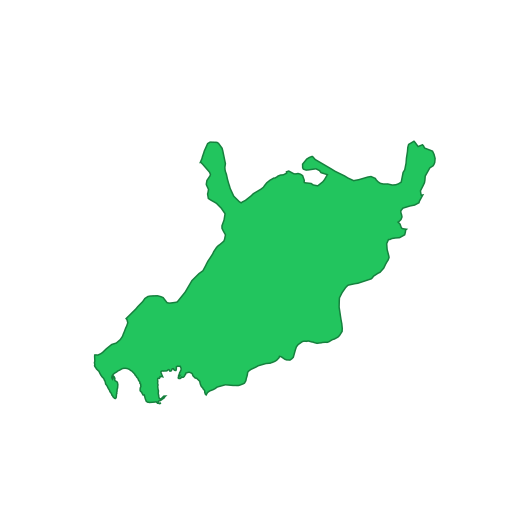 outline of Abshaway, Al Fayyum, Egypt, rotated 227°
{"feature_id": "37247803B9213477235230", "entity_name": "Abshaway", "entity_type": "district", "adm_level": 2, "iso_a3": "EGY", "parent_name": "Egypt", "parent_adm1": "Al Fayyum", "projection": "equal_earth", "projection_center": [30.701, 29.374], "detail": "fine", "context": "isolated", "style": "filled", "palette": "green", "viewbox_px": 512, "rotation_deg": 227, "n_neighbors": 0, "source": "geoboundaries", "source_scale": "gbopen_adm2", "svg_char_len": 6032}
<svg xmlns="http://www.w3.org/2000/svg" viewBox="0 0 512 512"><g transform="rotate(227 256 256)"><path d="M293.6,70.5L292.4,69.3L289.0,66.4L288.2,65.1L286.3,63.9L285.9,63.1L284.8,62.7L284.0,62.7L282.2,62.3L278.4,62.5L277.7,62.1L274.7,61.3L272.4,61.0L270.6,61.1L269.1,60.7L268.3,60.3L267.6,60.3L266.1,59.5L264.9,58.7L264.2,58.7L262.3,58.4L259.7,57.6L257.8,57.3L257.0,56.9L255.5,56.5L254.4,56.5L253.3,56.1L252.5,55.7L251.4,55.8L250.7,55.4L248.4,55.5L247.7,55.9L247.7,56.8L248.1,57.6L250.1,59.7L250.5,60.6L251.2,61.0L251.6,61.8L253.2,63.5L253.9,64.8L256.2,67.3L257.0,67.7L257.4,68.1L258.5,68.5L259.3,68.4L260.4,68.0L261.5,67.9L262.6,69.2L263.4,69.6L264.5,69.9L265.3,69.9L264.9,68.6L264.1,68.2L263.7,67.0L264.8,67.3L265.6,67.7L266.4,69.0L266.8,70.3L266.8,72.4L266.2,75.1L266.2,76.4L265.5,78.5L264.9,81.2L264.2,82.5L263.1,83.8L262.0,84.7L261.3,85.2L260.2,85.7L259.4,86.1L257.9,86.2L256.8,86.7L252.4,86.8L251.6,86.4L250.5,86.5L248.6,86.1L247.1,86.2L245.3,85.4L243.0,85.1L241.9,84.2L241.1,84.3L240.4,83.9L240.0,83.4L239.2,83.0L238.4,81.3L236.9,79.7L236.1,79.3L234.3,79.4L233.1,79.0L231.3,78.6L230.6,79.5L226.8,77.5L225.6,77.1L224.9,76.7L223.8,76.8L222.7,77.2L222.3,77.7L221.6,78.1L218.0,82.6L217.6,83.5L215.4,83.6L214.6,84.4L213.6,84.9L213.3,86.2L214.0,85.3L214.8,84.6L215.8,84.4L216.2,84.8L216.2,86.1L215.5,87.4L215.2,89.2L215.2,90.0L214.9,91.4L214.9,92.2L215.3,93.5L215.3,94.3L216.4,93.0L216.3,89.6L216.7,88.3L217.8,88.2L218.9,88.6L220.1,89.4L220.4,89.8L222.0,90.6L223.9,92.7L225.4,93.5L227.7,95.2L228.5,96.4L230.0,97.2L231.5,98.9L232.3,99.3L233.4,100.6L233.1,101.4L232.4,101.9L232.8,103.2L233.2,103.6L232.1,104.9L231.3,105.4L233.6,106.2L234.4,106.6L235.5,106.9L236.3,107.8L235.9,109.1L235.2,109.6L233.0,112.2L232.7,113.0L232.7,114.4L232.0,114.9L230.5,114.5L230.2,114.9L229.8,115.8L230.2,116.7L230.6,117.9L229.9,118.8L228.8,118.4L228.0,118.5L227.3,118.9L226.9,119.4L227.3,120.2L229.3,122.3L228.9,123.6L227.8,124.5L227.0,125.4L224.9,124.6L223.7,123.4L223.3,122.1L222.9,121.7L222.9,120.8L222.1,119.6L221.3,117.9L220.6,118.8L220.5,117.5L220.1,116.2L219.4,115.8L218.3,116.7L217.9,117.6L218.4,118.9L217.6,119.3L216.9,120.2L216.9,121.5L217.4,122.8L217.4,123.7L217.8,124.1L218.2,124.9L216.8,127.6L216.4,128.0L214.2,129.0L213.1,129.0L212.3,128.6L211.2,128.2L208.2,128.3L207.1,129.2L202.7,129.4L201.5,128.6L200.0,127.8L197.8,127.0L195.9,127.1L194.8,126.7L193.7,126.8L192.1,126.4L191.4,125.6L190.3,125.2L189.9,124.8L188.4,124.8L189.2,127.4L188.9,130.0L187.5,133.5L186.9,135.7L186.6,138.3L182.7,145.8L176.9,151.0L173.3,154.8L172.6,156.1L171.2,159.6L170.9,160.9L171.7,163.5L173.2,165.6L174.4,167.7L175.6,169.4L176.4,170.2L176.8,171.5L176.8,172.8L176.5,175.0L174.8,180.2L174.2,182.8L170.6,189.9L167.8,193.5L167.4,194.8L167.1,195.2L166.1,197.9L165.7,200.0L165.9,203.5L166.6,204.7L165.2,205.7L160.7,206.7L158.9,207.7L158.2,208.5L157.1,209.5L156.7,209.9L156.4,212.1L156.5,214.2L160.4,220.6L162.0,223.5L162.5,226.5L162.2,228.3L161.9,230.9L161.5,232.2L160.5,233.5L159.0,234.9L158.3,236.2L154.6,238.5L154.3,239.0L153.2,239.4L150.5,241.1L149.2,243.0L148.1,244.4L147.4,245.7L145.6,247.9L144.2,249.3L143.5,251.1L142.9,254.2L142.5,255.4L141.8,256.7L140.8,260.7L140.9,262.8L142.1,267.5L144.1,269.6L147.9,272.5L151.7,274.9L161.9,281.9L166.5,286.4L168.5,288.5L170.5,294.0L171.8,300.0L171.9,303.1L171.6,303.9L168.4,309.3L166.6,311.9L160.7,324.7L160.7,326.4L161.1,328.1L160.2,333.4L159.5,335.6L160.0,341.1L161.7,345.4L162.5,348.0L162.9,349.7L164.1,352.2L165.2,353.0L171.3,356.3L175.9,360.0L177.7,364.1L176.8,365.1L176.1,367.3L174.0,370.4L171.5,373.5L170.5,377.5L170.1,379.2L171.7,381.7L172.9,383.0L172.9,384.3L175.8,382.0L176.9,381.5L178.4,381.9L181.1,383.1L183.9,383.0L183.7,384.3L183.8,386.9L185.0,389.4L186.9,390.6L188.7,391.4L190.3,392.7L190.8,396.1L187.6,402.7L185.1,406.7L183.8,411.5L184.6,412.8L186.9,419.6L187.7,418.3L189.2,419.1L191.5,420.7L193.5,426.2L194.7,429.2L196.3,431.3L199.0,434.2L201.9,443.2L201.2,447.1L201.7,448.8L202.5,450.5L205.2,453.5L208.9,455.5L212.3,456.6L220.0,452.9L222.3,453.6L223.8,453.6L225.5,449.2L230.7,449.8L232.2,449.8L233.5,443.7L231.9,441.1L228.9,437.8L225.0,432.8L221.5,429.0L220.0,426.9L217.6,423.6L216.8,420.6L211.0,412.6L211.6,409.5L212.7,406.9L214.9,404.1L218.8,401.5L221.7,398.3L224.3,396.5L226.8,395.9L229.8,395.8L231.3,396.2L235.7,394.3L237.5,391.6L241.7,383.2L244.5,378.8L250.4,376.4L254.1,375.4L264.0,371.6L268.1,370.5L286.2,365.1L290.1,365.2L290.6,364.9L291.7,362.2L292.3,359.2L291.4,352.7L288.7,350.3L287.2,349.9L284.6,351.3L283.2,353.1L278.9,359.3L275.2,360.7L272.6,360.4L266.8,363.7L265.1,358.1L264.7,355.5L265.2,349.0L268.9,346.3L271.4,345.8L276.2,341.7L277.3,341.6L278.4,342.9L283.0,344.9L285.5,344.3L287.7,343.0L288.8,341.2L290.2,339.8L295.8,337.9L296.8,335.7L295.7,334.9L296.7,331.4L298.5,329.1L299.5,326.5L299.5,325.6L300.1,323.0L300.9,322.1L301.9,317.8L302.2,313.8L301.7,310.4L301.2,308.3L301.5,305.2L303.4,296.5L303.3,293.5L303.9,286.1L304.9,282.6L305.0,281.4L307.1,280.8L314.9,280.5L323.1,283.2L325.4,284.4L328.0,285.6L331.8,287.6L336.0,290.1L338.6,291.2L340.1,292.1L342.1,293.7L344.4,296.6L355.7,303.5L358.0,304.7L364.0,305.4L365.8,304.9L370.6,300.1L371.2,297.3L368.0,289.7L367.2,288.4L365.2,284.6L364.1,282.9L362.4,279.1L362.1,279.5L359.5,279.6L349.1,279.2L346.8,278.4L346.0,277.1L344.7,271.6L342.4,268.6L341.7,268.2L337.1,266.7L335.2,264.2L334.4,262.9L330.6,260.4L328.0,261.0L323.6,262.4L321.4,263.0L314.7,263.2L308.0,262.2L304.1,257.2L301.3,251.7L299.4,250.0L296.8,249.2L292.3,248.1L289.6,244.3L288.8,242.6L289.0,237.0L289.3,235.7L289.2,233.1L288.0,228.0L287.1,225.9L285.9,221.2L285.0,217.3L283.8,213.9L283.4,213.0L281.4,207.1L282.0,202.3L281.7,192.4L277.9,179.6L276.1,167.1L276.8,165.8L279.6,161.8L280.7,160.4L282.5,159.1L288.9,159.7L291.1,158.7L294.0,156.9L297.2,153.3L299.0,151.1L300.1,149.3L300.7,145.8L299.9,142.0L299.6,135.1L299.2,132.1L298.8,118.3L297.6,118.3L294.6,116.7L293.0,113.7L292.2,111.6L290.3,107.8L289.4,105.7L288.3,103.6L287.4,99.7L287.6,94.5L289.7,90.1L290.2,83.2L290.1,78.0L290.4,75.8L291.4,72.8L292.9,71.4L293.6,70.5Z" fill="#22c55e" stroke="#15803d" stroke-width="1.5"/></g></svg>